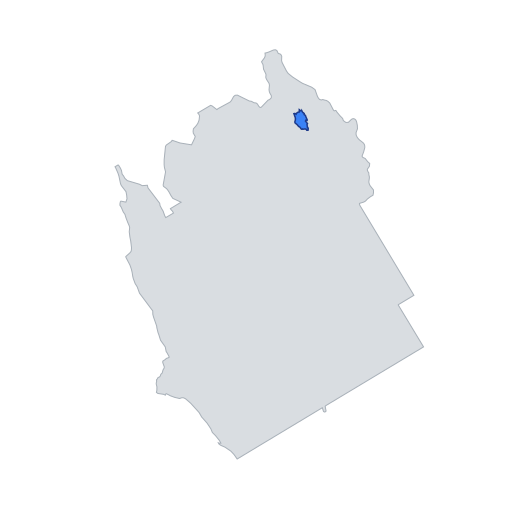 location of Ed Al Fursan, Southern Darfur, Sudan, rotated 149°
{"feature_id": "16777658B67455933132274", "entity_name": "Ed Al Fursan", "entity_type": "district", "adm_level": 2, "iso_a3": "SDN", "parent_name": "Sudan", "parent_adm1": "Southern Darfur", "projection": "equal_earth", "projection_center": [24.402, 11.715], "detail": "fine", "context": "in_parent", "style": "filled", "palette": "blue", "viewbox_px": 512, "rotation_deg": 149, "n_neighbors": 0, "source": "geoboundaries", "source_scale": "gbopen_adm2", "svg_char_len": 5119}
<svg xmlns="http://www.w3.org/2000/svg" viewBox="0 0 512 512"><g transform="rotate(149 256 256)"><path d="M330.9,405.1L327.3,405.1L327.0,404.0L327.0,400.9L327.3,398.6L328.6,395.0L328.3,393.0L328.4,390.1L327.5,386.9L318.9,377.5L317.3,374.9L312.7,372.6L313.5,370.0L311.4,350.8L312.3,348.6L312.5,345.3L312.5,342.4L313.5,337.5L313.6,335.4L304.6,335.3L304.5,337.4L305.0,339.7L305.0,340.7L292.5,340.7L297.6,348.2L297.8,351.5L297.6,355.6L297.7,358.2L298.0,359.9L299.4,363.3L299.3,363.9L299.0,364.7L290.2,374.7L288.8,379.3L287.6,381.8L285.1,385.9L277.1,396.6L275.7,397.3L269.6,397.7L269.0,397.9L268.5,398.4L268.2,398.3L262.9,392.0L254.0,384.5L248.1,388.4L246.5,389.8L246.5,393.5L245.7,395.3L244.1,397.3L239.8,398.6L237.5,399.7L234.8,401.8L232.2,405.2L232.0,407.0L232.3,408.6L217.3,408.5L216.3,407.2L214.1,401.6L212.6,401.9L199.0,401.3L197.0,401.9L193.1,404.2L191.1,404.5L189.1,403.5L181.9,392.3L180.3,391.0L178.7,388.3L177.2,387.2L176.7,386.3L176.5,385.2L176.5,382.7L176.0,381.2L174.9,380.8L165.3,383.4L163.9,383.1L161.8,383.6L161.2,384.0L160.3,385.5L160.2,388.6L159.9,390.1L159.2,391.8L156.5,395.5L155.9,397.2L156.0,401.4L155.8,403.5L155.4,404.4L154.2,406.0L153.8,407.0L153.3,412.3L151.8,415.5L151.4,416.7L151.3,419.0L151.1,419.7L146.7,421.5L145.1,422.7L144.1,424.5L143.8,425.3L142.0,424.7L139.6,424.2L135.0,423.6L133.2,422.8L132.3,421.5L132.6,418.3L132.2,417.6L131.4,417.0L130.9,415.6L131.1,413.9L133.5,410.2L134.0,408.2L134.6,398.8L134.4,396.0L132.5,390.7L128.1,381.7L127.1,379.9L121.6,372.4L121.0,371.3L119.7,368.2L121.1,361.3L121.2,359.4L120.9,357.4L119.5,356.0L118.3,355.8L116.6,354.0L115.6,353.1L114.7,351.5L114.0,349.2L114.5,341.1L114.2,340.1L112.8,339.8L112.5,339.2L112.5,337.6L111.8,333.0L110.9,329.2L111.4,327.1L110.2,324.2L108.0,323.0L103.7,324.0L102.3,323.8L101.4,323.3L100.7,322.2L100.4,321.0L100.7,319.1L101.9,315.7L103.5,312.8L106.6,310.3L107.5,308.9L108.0,307.4L108.1,305.6L107.9,303.8L107.5,302.1L106.6,299.9L105.7,297.3L105.7,295.6L106.1,294.3L107.0,292.8L110.1,289.8L113.3,287.3L113.8,286.5L113.6,285.4L112.2,283.4L111.7,279.4L110.9,276.7L112.5,274.6L113.8,273.9L115.6,273.2L116.3,272.4L116.6,270.7L116.5,269.1L117.2,268.0L118.1,265.4L118.8,264.3L121.2,261.3L121.8,259.4L122.0,257.6L121.3,252.1L122.7,249.7L124.5,247.8L127.1,247.9L131.1,247.5L133.8,246.7L135.7,246.7L140.2,247.8L140.6,247.3L140.9,245.9L140.9,141.0L159.0,141.0L159.3,140.8L159.2,91.8L273.2,91.8L274.1,91.6L275.8,87.0L276.6,86.7L277.7,87.0L278.2,88.0L277.3,91.8L376.7,91.7L377.1,97.3L378.1,101.8L381.1,108.2L383.6,111.7L384.5,113.6L384.6,114.4L384.5,115.3L383.8,114.3L382.5,113.7L382.4,116.7L383.2,122.8L384.3,127.2L383.7,131.1L384.0,137.9L385.5,146.0L385.4,151.2L387.8,163.4L390.0,170.1L391.2,171.8L392.5,172.7L394.9,173.2L398.5,176.7L401.4,180.3L402.5,182.2L403.9,184.3L404.8,183.9L405.4,183.4L406.4,185.0L410.9,188.7L411.6,190.4L410.1,192.0L408.3,194.9L407.5,197.5L407.0,198.4L405.5,200.0L405.3,200.8L404.7,201.3L404.0,201.4L402.5,202.3L401.1,202.0L399.7,202.5L399.2,203.1L398.2,203.7L396.7,204.0L394.4,206.2L392.4,207.3L391.7,208.2L390.8,212.7L390.0,213.9L387.0,214.0L385.6,214.4L383.5,213.9L382.6,213.9L382.3,214.9L382.1,218.7L382.2,220.4L380.6,224.8L381.2,233.0L379.7,239.1L379.5,240.5L378.0,245.4L377.2,247.2L375.3,256.3L374.5,259.1L372.8,262.1L375.0,284.1L373.7,290.8L373.8,294.5L372.8,299.9L372.0,302.4L370.7,305.5L369.6,308.9L368.7,313.3L368.2,321.8L367.9,322.6L362.6,323.6L360.9,324.2L359.8,325.2L358.4,327.3L355.7,333.3L354.4,337.0L352.2,342.0L349.6,345.5L349.1,347.3L348.7,350.5L347.8,355.6L346.9,359.2L347.1,362.1L346.4,367.1L346.5,369.6L345.6,371.0L344.4,372.3L343.5,372.6L339.8,369.2L337.1,371.5L335.5,374.8L334.3,378.1L335.1,385.1L335.1,386.6L334.7,388.3L332.3,395.2L331.6,398.3L330.9,403.8L330.9,405.1Z" fill="#d9dde1" stroke="#a8b0b8" stroke-width="1"/><path d="M147.8,337.8L147.6,337.5L146.6,337.0L146.4,337.2L145.9,338.0L145.6,338.3L145.5,339.0L145.4,339.3L145.6,339.4L145.8,339.5L145.1,341.1L144.5,342.5L143.7,342.9L143.9,344.7L144.1,346.2L143.2,346.8L142.4,345.9L142.0,346.2L141.7,348.5L141.5,350.0L141.2,351.1L141.6,351.8L141.9,352.4L141.3,353.2L141.6,354.4L141.9,354.6L142.0,355.6L141.9,357.1L142.0,357.0L142.4,357.2L143.0,357.6L143.2,358.1L143.4,359.0L143.5,359.2L144.0,358.4L144.3,357.5L144.8,357.1L145.7,357.6L146.3,357.6L148.0,357.5L148.6,356.9L149.0,357.7L149.5,358.3L150.2,358.5L150.5,356.9L150.8,355.9L150.8,355.4L150.8,355.1L151.0,354.6L151.1,354.4L151.4,353.7L151.5,353.2L151.9,352.8L152.2,352.4L152.4,352.1L152.6,351.9L153.0,351.6L153.3,351.3L153.5,351.1L153.7,350.8L153.9,350.3L153.9,350.0L153.9,349.8L153.9,349.5L153.7,349.2L153.5,348.5L153.4,348.3L153.3,348.0L153.2,347.7L153.1,347.4L153.0,347.1L153.0,346.9L153.0,346.6L153.0,346.4L152.9,346.1L152.8,345.8L152.8,345.5L152.8,345.3L152.7,344.9L152.4,344.6L152.3,344.4L152.1,344.0L152.0,343.6L152.0,343.4L151.9,342.9L151.9,342.6L151.9,342.2L151.9,341.9L151.8,341.6L151.7,341.3L151.5,341.1L151.2,340.9L150.9,341.0L150.7,341.0L150.6,340.8L150.4,340.6L150.3,340.4L150.0,340.3L149.6,340.1L149.1,339.9L148.5,339.7L148.2,339.4L148.0,339.0L147.8,338.7L147.6,338.4L147.7,338.2L147.8,337.9L147.8,337.8Z" fill="#3b82f6" stroke="#1e3a8a" stroke-width="1.5"/></g></svg>